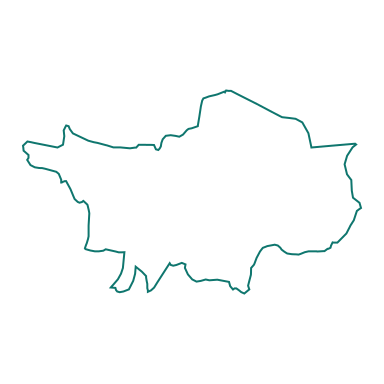 the district of Tamy Al-Amdid, Ad Daqahliyah, Egypt
{"feature_id": "37247803B352337860507", "entity_name": "Tamy Al-Amdid", "entity_type": "district", "adm_level": 2, "iso_a3": "EGY", "parent_name": "Egypt", "parent_adm1": "Ad Daqahliyah", "projection": "equal_earth", "projection_center": [31.578, 30.948], "detail": "fine", "context": "isolated", "style": "outline", "palette": "teal", "viewbox_px": 384, "rotation_deg": 0, "n_neighbors": 0, "source": "geoboundaries", "source_scale": "gbopen_adm2", "svg_char_len": 2918}
<svg xmlns="http://www.w3.org/2000/svg" viewBox="0 0 384 384"><path d="M356.1,144.5L355.1,143.7L331.8,145.7L311.4,147.5L311.1,145.9L308.4,133.2L302.3,122.4L295.6,118.8L289.4,118.0L282.1,117.2L279.5,115.9L272.2,112.1L256.9,104.0L244.0,97.5L236.7,93.8L231.1,90.9L229.9,90.9L228.7,90.9L226.1,90.5L225.0,92.3L224.4,91.6L217.6,94.3L215.1,95.0L209.0,96.4L205.8,97.6L203.4,98.4L202.2,100.6L200.9,106.3L199.3,116.9L198.1,124.0L197.8,126.2L191.6,128.3L188.5,128.9L186.7,130.3L183.0,134.6L179.3,136.7L175.6,135.9L170.7,135.2L165.8,135.8L162.7,139.3L161.4,142.9L160.8,146.5L159.6,148.6L158.3,150.0L155.9,149.3L154.0,145.0L151.6,144.9L143.0,144.8L142.9,144.8L138.7,144.8L136.2,147.6L135.0,147.6L130.0,148.3L120.2,147.4L113.4,147.4L106.7,145.3L106.1,145.2L97.5,142.9L93.8,142.2L88.3,140.7L72.9,133.4L69.8,129.1L68.6,126.2L66.2,125.5L65.5,126.7L63.7,130.4L64.3,136.2L63.0,144.7L57.5,147.5L34.2,142.9L31.1,142.2L27.4,141.5L26.7,142.2L23.0,145.7L23.3,147.6L23.6,150.7L28.5,155.0L28.5,157.9L27.2,159.9L30.5,165.1L34.8,167.3L39.1,168.0L42.2,168.1L45.3,168.8L50.8,170.3L56.3,171.8L58.8,173.9L60.0,176.8L61.2,179.7L61.2,182.5L61.8,182.5L63.0,181.8L64.9,181.1L66.1,181.1L67.0,182.8L70.4,189.0L71.0,190.4L73.4,196.2L74.6,199.0L77.7,201.9L79.5,202.7L82.0,202.0L83.3,200.9L83.8,201.3L86.9,204.2L87.5,204.9L88.7,209.9L89.1,212.0L89.3,213.4L88.6,225.6L88.6,229.1L88.6,236.3L88.0,239.1L86.7,243.4L86.1,244.8L84.9,248.3L85.5,249.1L87.9,249.8L90.4,250.5L94.7,251.3L99.0,251.3L103.3,250.7L105.7,249.3L115.6,251.5L118.6,252.3L122.3,252.3L124.4,252.2L122.9,268.0L121.0,273.7L117.9,279.3L113.0,285.0L111.7,286.4L110.8,287.5L115.4,287.9L116.0,290.0L117.2,291.5L119.7,292.2L123.4,291.5L128.9,289.4L133.2,280.9L135.1,273.8L135.7,266.7L141.9,271.7L146.1,276.1L146.1,277.5L146.7,281.1L147.3,283.9L147.3,288.2L147.9,290.4L147.9,291.8L151.0,290.4L154.1,287.6L157.2,282.6L169.7,263.2L170.7,264.9L173.2,265.7L176.3,265.0L181.8,262.9L185.5,264.4L184.9,267.9L187.9,274.4L192.2,279.4L196.5,281.6L200.8,280.9L205.7,279.5L209.4,280.3L217.3,279.7L229.0,281.9L230.2,286.2L233.0,289.5L234.5,288.4L236.3,288.4L237.5,289.2L239.4,290.6L241.2,292.1L244.3,293.5L249.3,289.4L248.1,285.7L249.0,282.1L250.9,274.8L251.0,273.0L251.1,268.0L253.9,264.8L254.4,263.8L256.6,257.9L260.0,251.5L262.2,248.6L262.9,247.8L264.8,247.1L267.3,246.1L273.7,244.9L274.7,244.7L277.8,245.5L280.3,247.7L281.6,249.6L284.2,251.6L285.9,252.7L287.2,253.5L291.9,254.2L296.8,254.4L298.5,254.6L300.6,253.9L304.8,252.2L308.7,251.3L310.4,251.3L316.6,251.3L317.1,251.5L320.8,251.3L323.9,251.1L324.5,251.1L327.6,248.8L328.4,248.8L330.5,247.7L331.0,245.7L332.6,242.4L333.5,242.6L337.4,242.6L346.4,233.5L348.3,229.8L350.0,226.5L350.4,225.6L352.7,222.0L353.8,220.3L355.7,214.5L356.9,210.9L357.9,210.2L358.6,209.6L361.0,208.0L359.5,202.8L353.0,197.7L351.8,190.7L351.3,180.0L349.0,177.0L347.0,174.3L344.6,164.3L347.1,155.8L352.6,147.3L355.6,144.9L356.1,144.5Z" fill="none" stroke="#0f766e" stroke-width="2"/></svg>